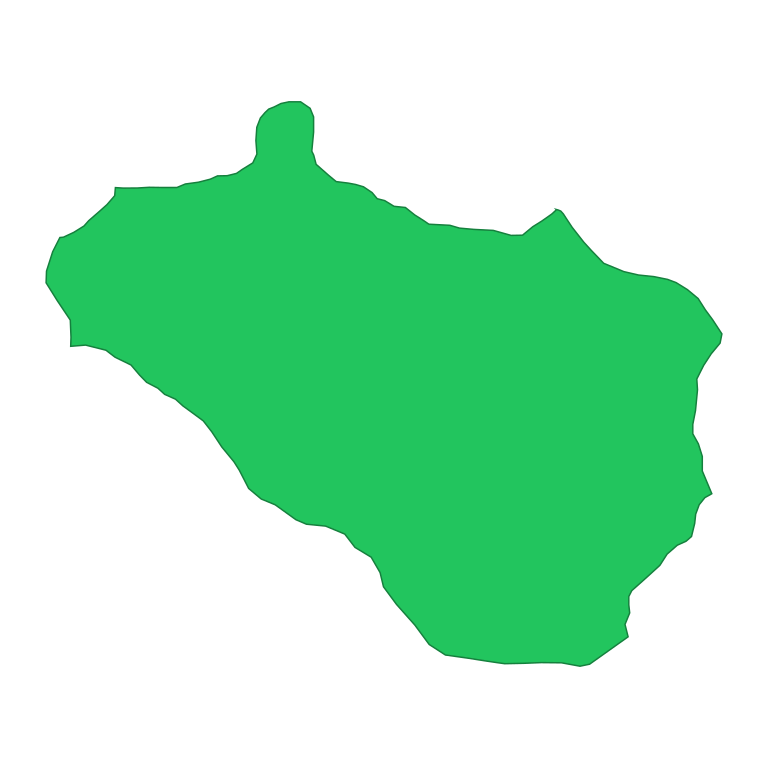 Khizi District, Xizı, Azerbaijan
{"feature_id": "54616110B97026515433008", "entity_name": "Khizi District", "entity_type": "district", "adm_level": 2, "iso_a3": "AZE", "parent_name": "Azerbaijan", "parent_adm1": "Xizı", "projection": "mercator", "projection_center": [49.188, 40.748], "detail": "fine", "context": "isolated", "style": "filled", "palette": "green", "viewbox_px": 768, "rotation_deg": 0, "n_neighbors": 0, "source": "geoboundaries", "source_scale": "gbopen_adm2", "svg_char_len": 2036}
<svg xmlns="http://www.w3.org/2000/svg" viewBox="0 0 768 768"><path d="M59.9,237.5L52.7,251.7L46.5,271.1L46.1,282.8L57.3,300.7L70.3,320.1L71.0,337.3L70.7,346.2L70.7,346.3L85.6,345.1L105.9,350.2L115.2,357.3L131.0,365.0L139.6,375.1L146.7,382.4L157.9,388.2L164.7,394.4L165.0,394.5L175.5,399.2L183.0,406.0L191.0,411.8L203.3,420.9L211.7,431.7L221.8,447.0L233.9,461.7L239.3,470.2L248.7,488.5L261.2,499.0L275.2,504.8L295.9,519.7L306.4,524.2L325.6,526.1L344.8,534.1L355.0,547.4L371.2,557.2L380.1,572.6L383.5,586.8L396.5,604.4L414.8,625.0L429.2,644.5L445.4,655.0L468.2,658.2L486.0,661.0L497.5,662.7L504.7,663.7L523.9,663.3L541.2,662.6L561.5,662.8L580.0,666.2L589.6,664.2L628.1,636.8L625.0,624.4L629.7,612.9L628.8,604.9L628.8,596.5L631.8,590.6L636.9,586.1L648.4,575.8L659.9,565.3L667.1,554.1L677.3,545.2L686.1,541.2L691.5,536.5L694.7,523.4L695.7,514.1L699.2,504.7L704.9,497.6L710.8,494.3L711.8,493.7L702.3,471.0L702.3,456.4L698.4,443.9L692.8,433.8L692.8,424.4L695.5,410.6L697.5,389.8L696.8,379.0L703.7,365.3L711.2,353.8L720.1,343.1L721.9,333.9L712.6,319.7L705.3,309.8L698.2,298.6L687.5,289.7L676.1,282.6L667.6,279.4L653.9,276.6L638.4,275.0L623.8,271.6L603.7,263.3L591.4,250.5L583.9,242.3L572.2,227.4L566.3,218.5L563.4,214.0L560.8,211.1L558.2,210.0L556.3,209.5L556.5,209.7L551.7,214.1L541.9,221.0L532.8,226.7L522.5,235.2L511.1,235.4L493.3,230.4L473.9,229.4L459.5,228.1L449.9,225.3L428.9,224.2L423.5,220.5L414.8,215.0L405.4,207.5L394.0,206.3L384.7,200.6L377.2,198.7L372.1,192.6L363.5,186.8L355.7,184.5L348.3,183.1L336.2,181.6L328.6,175.3L316.1,164.3L313.7,155.1L311.8,151.2L313.6,132.1L313.6,116.9L310.1,108.3L300.6,101.8L289.0,101.8L281.0,103.5L274.0,107.0L268.7,109.1L265.1,112.5L260.4,118.0L256.8,127.3L255.9,140.6L256.9,154.1L252.8,162.9L242.4,169.3L236.5,173.4L227.2,175.7L217.5,175.9L210.2,179.2L198.5,182.2L185.3,184.0L176.9,187.5L162.3,187.5L149.1,187.3L137.5,188.0L123.4,188.1L115.4,187.6L114.7,195.7L106.9,204.7L99.5,211.3L88.7,220.7L84.0,226.0L73.7,232.4L63.4,237.2L59.9,237.5Z" fill="#22c55e" stroke="#15803d" stroke-width="1.5"/></svg>